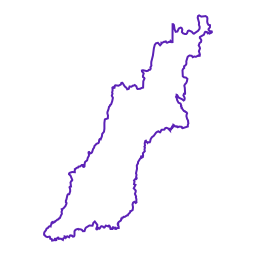 the district of Jutaí, Amazonas, Brazil
{"feature_id": "56859067B75336397853406", "entity_name": "Jutaí", "entity_type": "district", "adm_level": 2, "iso_a3": "BRA", "parent_name": "Brazil", "parent_adm1": "Amazonas", "projection": "equal_earth", "projection_center": [-67.953, -4.51], "detail": "fine", "context": "isolated", "style": "outline", "palette": "violet", "viewbox_px": 256, "rotation_deg": 0, "n_neighbors": 0, "source": "geoboundaries", "source_scale": "gbopen_adm2", "svg_char_len": 5807}
<svg xmlns="http://www.w3.org/2000/svg" viewBox="0 0 256 256"><path d="M120.8,84.5L118.5,85.7L115.5,85.3L114.9,85.6L114.5,87.8L113.4,88.0L113.0,87.2L112.4,87.6L112.6,90.4L112.1,92.5L112.5,93.7L111.8,95.7L112.9,97.8L112.2,101.2L111.1,104.4L110.2,104.9L109.8,106.1L109.0,106.8L108.6,108.9L107.4,112.2L107.4,113.5L108.0,115.6L107.8,118.4L105.0,119.3L104.8,119.7L104.4,122.9L104.4,128.8L104.0,131.7L102.2,133.9L101.9,136.3L100.7,139.3L100.1,138.9L99.7,139.1L99.2,140.0L99.0,141.9L98.4,143.1L96.5,143.8L94.4,146.1L94.1,147.6L93.1,149.0L92.1,152.1L91.4,153.0L90.4,153.4L89.2,152.0L88.7,152.1L88.5,152.8L89.0,154.8L88.8,156.0L87.8,157.7L87.1,160.4L85.2,161.8L84.7,163.3L84.5,166.4L84.1,166.8L83.4,166.9L83.0,166.5L83.3,165.0L81.8,165.0L80.2,166.4L78.5,166.6L78.1,167.5L76.5,167.9L75.9,168.6L74.9,169.1L75.0,169.7L74.7,170.3L74.8,172.2L72.2,172.0L70.0,172.7L69.1,173.4L69.0,174.2L70.5,175.6L72.3,180.0L72.1,180.6L71.4,180.9L70.5,182.5L71.0,186.5L70.1,186.6L69.5,187.2L70.1,189.1L70.2,191.2L69.4,193.8L69.2,194.2L68.1,194.2L67.4,195.1L66.4,199.6L65.9,200.5L65.9,202.3L66.4,202.6L66.5,203.6L65.4,206.1L63.3,208.5L61.7,209.2L62.1,210.3L61.5,212.0L61.9,213.2L61.7,214.2L61.0,215.3L59.9,218.0L59.1,218.3L58.4,219.4L57.5,219.5L56.2,220.7L55.2,221.1L54.9,221.9L53.2,222.8L52.8,221.9L51.9,222.3L51.4,223.2L51.4,224.3L50.7,225.5L50.6,226.4L50.0,226.2L48.7,226.7L48.1,227.8L46.6,228.6L45.9,230.3L44.4,232.2L44.1,233.3L44.1,234.8L44.9,235.3L45.5,236.3L47.3,237.1L49.6,236.6L50.1,237.2L50.2,238.7L51.8,239.2L52.1,240.6L54.4,240.1L54.9,238.8L55.2,238.8L55.6,240.2L56.3,240.1L56.9,238.4L58.1,237.5L58.4,237.6L58.9,238.9L60.9,238.7L62.9,239.9L63.3,238.4L64.5,237.8L64.6,236.4L65.6,236.8L65.9,237.7L67.2,236.3L69.1,237.3L70.0,235.5L70.9,235.3L71.5,235.8L72.1,235.7L73.0,236.7L74.0,236.4L74.4,235.7L74.5,234.5L74.5,231.2L75.5,229.8L76.9,229.2L78.1,228.9L78.7,229.5L79.3,229.2L80.8,229.4L81.8,229.8L82.9,231.2L84.5,231.1L85.4,228.4L86.0,227.6L89.4,225.5L92.5,225.7L93.4,222.8L94.8,221.5L97.3,224.8L97.1,226.7L96.3,228.4L96.4,229.2L96.8,229.4L97.4,229.2L98.5,228.0L99.4,228.7L99.7,228.5L100.9,226.5L101.6,226.2L102.9,226.6L103.8,227.5L104.5,227.5L105.8,225.6L108.6,226.5L108.8,225.7L109.4,225.7L110.6,227.9L110.3,228.6L110.5,229.0L112.5,229.0L113.0,228.4L112.8,227.5L113.0,227.2L114.6,227.8L115.3,227.7L115.3,228.9L116.1,229.0L117.2,228.1L118.7,228.0L118.6,226.2L118.0,225.4L118.3,224.0L118.2,223.6L117.8,223.6L117.9,223.2L118.7,222.0L120.9,220.5L121.3,218.7L121.7,218.8L122.3,217.6L123.0,217.6L123.7,216.8L124.7,216.9L127.1,215.3L127.8,215.3L128.3,214.2L130.1,212.4L130.3,211.1L131.2,211.0L132.7,209.9L133.0,207.1L132.5,204.5L133.1,202.6L134.3,201.8L135.7,203.0L136.5,202.3L136.3,201.1L136.4,199.3L135.9,197.3L136.1,196.4L134.9,193.9L135.7,191.8L135.7,190.5L133.7,188.3L135.5,184.9L134.0,184.2L134.5,181.4L134.0,180.5L135.4,178.9L136.1,179.1L136.6,178.6L136.7,178.1L136.1,177.2L136.5,174.9L136.0,173.3L137.0,168.8L136.8,165.6L137.3,164.4L138.0,163.5L138.0,162.1L140.2,158.5L140.9,158.2L141.1,156.4L141.7,156.3L142.2,157.4L142.8,157.1L143.1,155.7L142.9,153.2L144.8,151.2L144.5,149.6L144.9,147.6L144.4,146.7L145.0,145.6L144.7,143.4L145.3,141.0L145.9,140.7L146.6,142.2L147.5,142.2L147.7,142.7L148.1,142.2L149.7,142.3L150.1,141.7L150.6,139.3L151.8,137.3L153.8,135.8L156.0,132.7L157.2,131.8L158.4,131.3L159.5,132.2L160.2,132.3L161.5,129.8L164.4,129.6L165.2,128.2L166.3,127.8L167.9,128.3L169.9,130.4L169.8,129.6L170.1,129.2L170.0,128.7L170.9,128.4L171.3,128.9L171.8,127.8L172.2,127.9L172.3,127.1L172.6,127.0L172.2,126.4L172.5,126.1L172.9,126.4L173.3,124.8L174.3,125.5L174.6,126.2L175.4,126.5L175.8,126.3L176.8,126.8L177.0,126.4L178.0,126.7L178.1,127.1L179.4,126.6L181.6,126.8L182.0,127.2L182.0,127.8L182.6,128.2L187.8,126.5L187.8,125.0L188.4,123.2L188.0,121.8L188.2,121.1L187.5,119.4L187.1,118.9L186.4,116.1L186.6,114.7L187.1,113.2L186.4,112.2L185.3,111.9L184.8,111.1L183.9,111.0L182.1,108.6L182.0,108.0L181.5,107.9L181.5,107.0L181.0,106.5L181.3,105.8L181.0,105.5L180.9,104.3L180.4,103.5L178.5,102.7L177.2,100.2L176.6,97.7L176.0,96.9L176.5,96.0L176.6,94.8L177.1,95.0L178.7,97.6L182.2,99.3L183.6,100.5L184.4,99.9L184.7,98.6L184.5,97.5L183.4,95.4L184.0,93.7L185.0,93.8L185.1,93.4L184.8,87.8L184.3,85.7L184.9,84.4L186.2,83.0L186.9,81.4L187.4,78.9L186.0,77.6L184.0,77.3L182.8,76.3L182.5,70.3L183.0,69.1L184.2,68.0L184.0,66.8L184.3,66.0L185.2,65.6L186.2,64.4L186.4,63.1L186.3,61.3L187.6,57.0L188.5,56.1L189.6,55.5L191.7,55.8L192.8,57.2L194.2,56.5L195.9,56.8L198.5,55.4L198.6,55.9L199.7,55.8L199.9,54.4L198.9,51.2L200.0,48.4L199.7,47.2L198.7,45.4L199.6,43.0L201.0,42.0L201.3,40.5L201.1,39.6L199.8,37.9L199.9,37.0L203.9,34.7L204.8,32.4L205.3,31.8L206.9,32.0L207.7,33.3L208.7,32.8L209.4,33.6L211.4,32.7L211.9,32.1L211.7,31.4L209.6,31.1L208.5,29.7L208.6,28.9L209.9,27.4L210.0,25.2L208.5,24.9L207.6,23.4L207.2,21.7L207.4,18.3L207.1,17.2L205.6,16.1L201.3,16.6L199.1,15.4L198.0,16.1L197.7,17.8L199.1,22.8L198.9,24.8L199.7,26.9L199.5,28.8L198.1,30.8L193.9,33.7L193.2,33.4L191.7,31.7L189.0,30.5L187.9,31.0L187.0,33.3L186.2,34.0L184.9,34.0L183.0,33.3L181.9,32.0L182.3,29.6L182.0,28.8L181.5,27.9L180.7,27.6L178.8,28.5L177.4,31.5L175.7,31.8L174.6,29.4L173.9,25.0L173.2,24.2L172.6,24.2L172.5,42.1L171.9,42.2L170.5,40.9L170.1,42.0L168.9,41.9L167.3,42.7L166.6,42.6L165.8,41.4L164.8,41.9L164.2,41.7L162.1,42.9L161.4,42.7L161.3,44.0L160.1,45.3L157.9,42.8L156.0,43.3L154.8,44.8L153.9,48.2L152.9,55.6L151.3,61.9L151.2,64.3L151.4,65.6L150.4,67.3L150.7,68.5L150.6,68.9L149.9,69.8L148.9,69.8L148.1,70.7L146.7,71.1L142.9,70.2L141.9,70.5L142.0,71.4L143.7,73.4L142.9,76.0L143.0,77.0L144.2,77.8L144.5,78.5L143.3,81.2L143.1,87.6L141.2,88.1L140.5,88.7L137.6,89.0L137.0,88.5L136.4,86.4L134.7,85.0L133.5,85.7L132.7,85.7L131.5,86.7L129.6,86.5L128.7,88.9L127.2,89.3L126.5,87.9L124.8,86.5L122.4,82.8L121.4,82.9L120.8,84.5Z" fill="none" stroke="#5b21b6" stroke-width="2"/></svg>